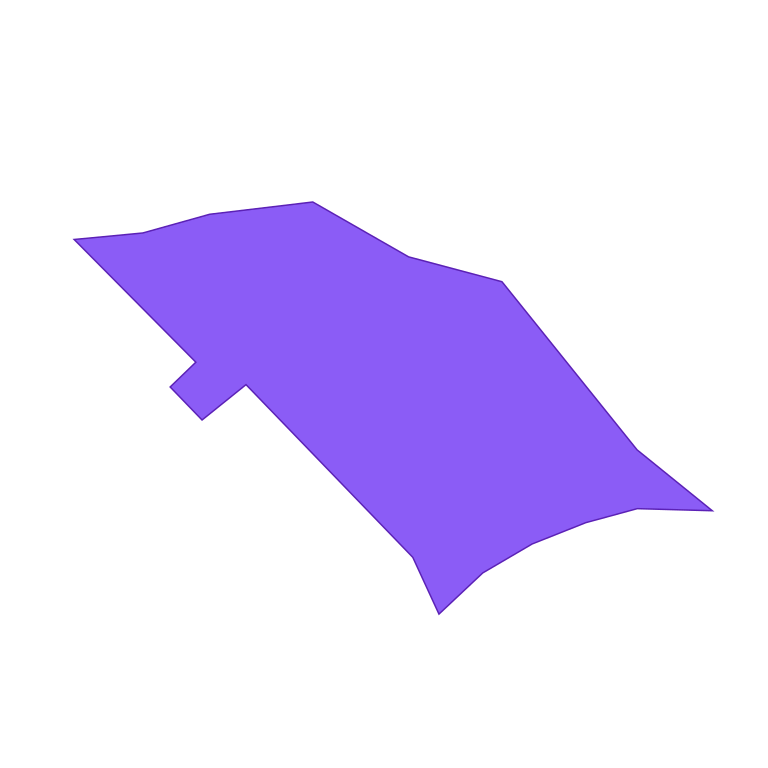 map outline of Bududa (Mercator projection), rotated 46°
{"feature_id": "UGA-5626", "entity_name": "Bududa", "entity_type": "District", "adm_level": 1, "iso_a3": "UGA", "parent_name": "Uganda", "parent_adm1": "", "projection": "mercator", "projection_center": [34.397, 1.046], "detail": "fine", "context": "isolated", "style": "filled", "palette": "violet", "viewbox_px": 768, "rotation_deg": 46, "n_neighbors": 0, "source": "natural_earth", "source_scale": "10m", "svg_char_len": 397}
<svg xmlns="http://www.w3.org/2000/svg" viewBox="0 0 768 768"><g transform="rotate(46 384 384)"><path d="M703.2,235.9L649.6,288.4L623.9,335.2L602.0,388.5L588.5,444.2L587.7,504.3L528.7,483.7L288.6,483.7L283.5,539.9L237.6,539.9L237.6,504.2L64.8,506.5L107.8,452.6L140.8,391.5L203.6,308.8L309.6,278.0L392.4,228.1L607.2,247.7L703.2,235.9Z" fill="#8b5cf6" stroke="#5b21b6" stroke-width="1.5"/></g></svg>